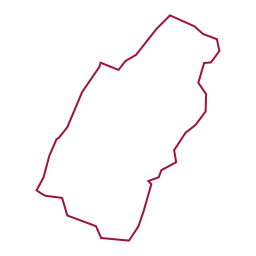 the district of Page, Virginia, United States of America
{"feature_id": "52423323B75705983490495", "entity_name": "Page", "entity_type": "district", "adm_level": 2, "iso_a3": "USA", "parent_name": "United States of America", "parent_adm1": "Virginia", "projection": "natural_earth1", "projection_center": [-78.471, 38.622], "detail": "fine", "context": "isolated", "style": "outline", "palette": "rose", "viewbox_px": 256, "rotation_deg": 0, "n_neighbors": 0, "source": "geoboundaries", "source_scale": "gbopen_adm2", "svg_char_len": 589}
<svg xmlns="http://www.w3.org/2000/svg" viewBox="0 0 256 256"><path d="M219.4,51.0L216.9,39.2L203.0,34.0L194.6,26.4L170.0,15.4L156.4,29.0L136.1,54.8L125.6,60.9L118.5,69.9L100.6,62.7L99.4,66.9L82.2,91.9L67.3,127.2L58.9,137.8L56.5,139.3L49.2,156.2L43.5,177.5L36.6,190.3L40.7,193.2L45.6,195.8L62.1,197.9L67.3,215.5L96.0,226.2L101.1,238.0L129.0,240.6L138.4,226.4L143.9,210.3L151.3,184.2L148.4,181.0L158.7,177.3L161.4,170.1L176.2,162.2L174.1,150.2L185.6,132.7L195.4,125.1L205.6,111.5L206.1,94.1L198.3,82.8L204.1,63.0L211.0,62.4L219.4,51.0Z" fill="none" stroke="#9f1239" stroke-width="2"/></svg>